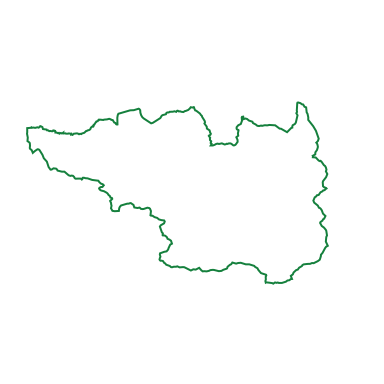 Gutierrez, Cundinamarca, Colombia, rotated 70°
{"feature_id": "7082276B81607820591888", "entity_name": "Gutierrez", "entity_type": "district", "adm_level": 2, "iso_a3": "COL", "parent_name": "Colombia", "parent_adm1": "Cundinamarca", "projection": "albers", "projection_center": [-74.067, 4.149], "detail": "fine", "context": "isolated", "style": "outline", "palette": "green", "viewbox_px": 384, "rotation_deg": 70, "n_neighbors": 0, "source": "geoboundaries", "source_scale": "gbopen_adm2", "svg_char_len": 5960}
<svg xmlns="http://www.w3.org/2000/svg" viewBox="0 0 384 384"><g transform="rotate(70 192 192)"><path d="M289.3,84.7L289.0,82.8L284.4,83.2L280.2,81.2L279.0,80.0L274.4,79.1L273.3,79.2L270.5,80.2L268.3,81.7L264.9,82.2L264.2,81.6L263.5,79.2L262.5,78.2L262.3,77.0L260.2,74.8L257.1,76.3L253.6,76.3L251.7,76.8L250.7,77.4L250.2,78.1L247.8,78.4L243.8,80.8L241.6,80.9L239.0,78.5L238.6,76.8L237.8,75.8L238.1,74.0L236.2,71.3L236.0,69.2L235.4,68.3L235.6,66.8L234.9,65.4L234.7,64.4L234.1,64.6L232.6,66.3L231.4,66.9L227.5,65.8L226.6,65.1L223.9,60.9L221.4,58.7L218.4,59.1L217.0,58.0L214.9,57.8L213.2,58.0L211.8,58.9L207.9,59.9L206.7,60.5L206.8,61.2L205.8,62.2L201.9,63.9L200.7,66.5L200.1,66.1L199.3,66.2L198.8,63.3L196.9,62.5L195.3,60.2L193.2,58.6L192.4,58.2L190.3,57.9L188.7,58.0L188.2,58.3L187.1,56.2L185.2,54.7L176.9,54.6L171.6,55.6L164.0,58.1L161.6,57.2L158.1,56.7L156.4,57.0L151.5,55.8L150.4,57.1L147.8,57.6L147.1,58.8L145.6,59.7L144.2,61.6L144.1,62.3L144.5,62.7L151.4,65.7L152.7,65.9L153.6,67.0L156.0,66.6L162.3,70.7L163.3,72.1L163.7,74.5L164.6,75.3L165.8,75.7L165.8,76.9L168.3,82.2L163.0,86.7L162.4,88.0L157.8,91.0L155.4,96.5L155.2,98.2L154.1,101.0L153.8,103.6L153.2,104.3L153.0,106.4L152.1,108.0L150.4,109.0L148.1,111.1L146.6,111.2L144.4,114.0L142.2,115.3L141.2,116.7L141.2,118.5L138.7,118.1L138.5,119.3L139.0,119.8L142.2,120.7L144.8,122.9L145.1,125.7L146.3,127.8L147.2,128.3L148.2,128.4L148.7,128.2L149.6,127.2L150.0,127.2L152.6,128.8L154.9,129.3L155.7,131.6L158.6,131.4L160.5,132.0L162.4,134.8L162.6,135.6L162.6,136.7L162.2,137.3L160.2,138.5L159.4,139.4L158.9,141.0L159.0,142.1L158.5,143.0L158.7,143.9L158.5,145.1L156.5,147.3L156.1,150.2L155.3,151.4L155.1,152.8L155.4,154.6L155.4,156.6L154.7,158.5L153.5,157.1L152.3,157.7L150.9,156.6L149.5,157.3L148.1,157.0L147.3,156.4L145.0,157.0L144.7,156.5L144.6,155.3L143.8,154.4L142.3,154.6L140.1,154.4L137.5,156.3L135.6,155.8L131.9,156.9L130.9,155.9L129.5,155.8L124.8,156.8L123.8,156.7L122.7,157.3L121.0,157.7L117.1,160.2L116.4,161.1L114.0,161.3L113.1,161.1L112.8,161.4L112.8,162.7L111.9,164.2L112.8,165.5L113.6,167.5L113.7,170.3L113.5,170.8L113.9,172.8L112.9,174.7L112.0,175.7L111.9,176.7L110.7,177.6L110.6,178.3L111.3,179.4L110.2,180.8L110.0,182.5L109.0,185.6L109.3,186.6L108.8,188.0L108.9,188.9L110.0,189.9L109.7,193.4L110.0,194.4L111.7,196.5L113.6,205.1L113.5,206.9L106.4,212.2L104.7,213.1L102.5,213.5L99.9,213.4L97.4,212.7L96.1,213.1L95.5,213.6L95.2,218.7L94.1,222.2L93.3,234.4L94.4,235.5L96.7,236.8L103.8,239.2L102.7,239.3L102.3,240.1L100.9,240.4L100.1,241.3L97.3,241.9L96.6,243.2L96.0,243.4L94.9,244.8L94.7,247.0L93.9,250.0L94.0,250.7L92.4,254.0L92.6,254.7L92.2,255.1L93.2,256.4L93.0,257.6L93.5,258.1L93.5,258.5L95.3,260.8L95.2,261.3L95.5,261.4L95.9,262.2L96.4,262.0L96.8,262.4L96.4,263.6L96.9,264.9L98.3,266.2L98.6,267.6L98.4,269.2L98.7,270.1L98.5,270.7L99.5,272.9L99.4,275.6L99.7,276.2L99.0,277.3L99.1,278.4L97.9,279.4L97.4,280.6L96.8,283.4L97.5,284.7L96.7,285.8L96.3,285.7L96.4,286.0L95.8,285.9L94.8,287.8L94.8,288.5L94.0,290.6L93.5,291.0L93.0,292.9L92.5,293.1L92.2,292.9L92.5,294.0L92.0,294.9L91.7,295.0L91.6,295.6L91.8,295.6L91.4,296.4L91.6,296.7L90.9,296.9L90.9,297.8L90.1,298.6L89.4,300.0L88.8,299.6L87.8,299.7L87.5,300.5L86.9,300.7L86.7,301.5L87.1,301.9L87.2,302.5L86.1,304.5L86.0,305.3L84.8,306.2L84.4,307.2L83.6,307.3L81.9,310.5L79.8,310.4L78.3,311.8L78.3,312.6L78.8,312.9L79.1,314.1L78.3,315.2L78.1,317.4L77.1,319.2L76.9,320.6L76.3,320.8L76.5,321.7L75.6,325.0L79.5,326.4L80.8,327.1L84.7,327.7L87.9,329.2L89.8,327.9L90.6,327.7L93.1,328.4L95.2,329.4L96.0,329.4L97.9,328.3L100.8,328.2L99.8,325.7L99.0,322.6L99.5,321.6L100.3,321.0L105.9,319.8L109.6,319.7L113.8,318.0L119.5,318.2L122.6,317.3L122.9,316.2L122.4,314.1L123.5,311.8L124.5,311.2L125.9,311.0L128.4,307.3L129.3,304.9L134.1,302.2L135.3,300.7L135.4,299.5L136.1,298.3L137.6,297.6L138.8,297.5L139.6,297.0L141.1,292.6L141.5,291.8L142.6,291.3L142.4,290.7L141.3,289.8L141.6,288.7L142.6,287.4L143.5,285.4L146.5,281.7L149.4,276.1L150.8,275.8L153.0,274.7L154.2,273.2L155.5,272.6L156.6,274.4L156.2,276.0L156.4,277.5L157.0,278.1L158.3,277.8L159.5,276.9L161.2,274.4L163.4,272.5L164.6,271.8L166.4,271.4L167.5,270.6L169.4,270.5L170.1,269.4L170.7,269.2L171.3,269.4L172.4,272.0L174.5,271.8L176.1,272.2L177.4,272.3L179.6,273.7L182.5,273.2L183.6,271.2L184.8,267.2L182.3,265.9L181.2,264.8L180.4,263.3L180.8,256.9L181.3,255.4L181.3,253.9L181.5,253.3L184.1,251.4L186.8,251.5L188.4,248.7L188.7,246.6L190.4,245.7L191.0,244.6L191.4,243.4L191.5,239.3L192.4,237.8L193.3,237.2L195.9,237.1L199.7,239.0L200.2,238.6L200.8,237.2L202.8,235.8L204.4,233.6L206.5,232.4L208.0,230.3L209.2,227.9L210.4,227.7L211.9,229.0L212.6,232.8L213.5,234.0L219.6,234.1L220.9,233.5L222.5,234.4L222.8,234.3L223.4,232.8L224.1,232.0L226.0,231.0L227.6,231.0L229.1,229.4L230.6,228.4L233.7,228.5L234.0,230.5L236.7,233.2L237.9,234.1L239.1,236.2L238.7,238.5L238.7,243.0L239.7,243.6L242.0,243.8L243.1,244.8L244.3,245.6L245.2,245.5L245.8,245.1L246.2,243.9L247.1,242.8L249.1,242.4L249.8,241.7L251.5,241.1L253.9,238.2L255.4,237.4L255.9,236.5L256.0,234.6L256.8,232.4L256.8,231.3L258.6,229.4L259.5,226.1L260.1,224.9L265.4,219.9L265.1,217.2L266.2,215.0L265.7,211.2L269.0,209.9L270.3,209.0L270.5,207.8L271.6,205.4L271.9,202.9L271.7,201.5L272.2,199.3L272.7,198.1L275.6,193.8L276.2,191.3L275.8,189.2L275.9,185.6L275.7,185.1L274.4,184.1L273.4,181.3L273.3,179.9L272.1,178.2L274.4,175.0L274.5,172.9L275.2,170.4L278.3,166.3L279.5,163.0L282.7,158.8L284.0,158.3L286.0,156.6L288.0,156.3L291.8,154.9L295.1,150.7L295.8,150.7L297.0,151.8L299.4,152.5L300.8,153.5L302.4,153.7L302.3,153.1L303.7,150.3L305.1,147.7L305.9,147.0L305.4,144.9L306.3,143.6L306.4,142.3L307.1,141.6L308.2,138.6L308.4,134.4L307.8,132.6L308.2,130.7L307.6,128.9L307.9,127.8L304.6,127.8L303.9,125.4L302.4,124.1L301.0,120.8L301.1,119.1L299.8,117.3L299.2,114.1L298.5,113.3L298.2,111.9L299.1,108.0L299.9,105.7L299.8,103.5L300.5,102.0L300.0,97.4L299.3,95.1L296.6,93.0L295.0,92.2L293.9,90.2L290.2,86.1L289.3,84.7Z" fill="none" stroke="#15803d" stroke-width="2"/></g></svg>